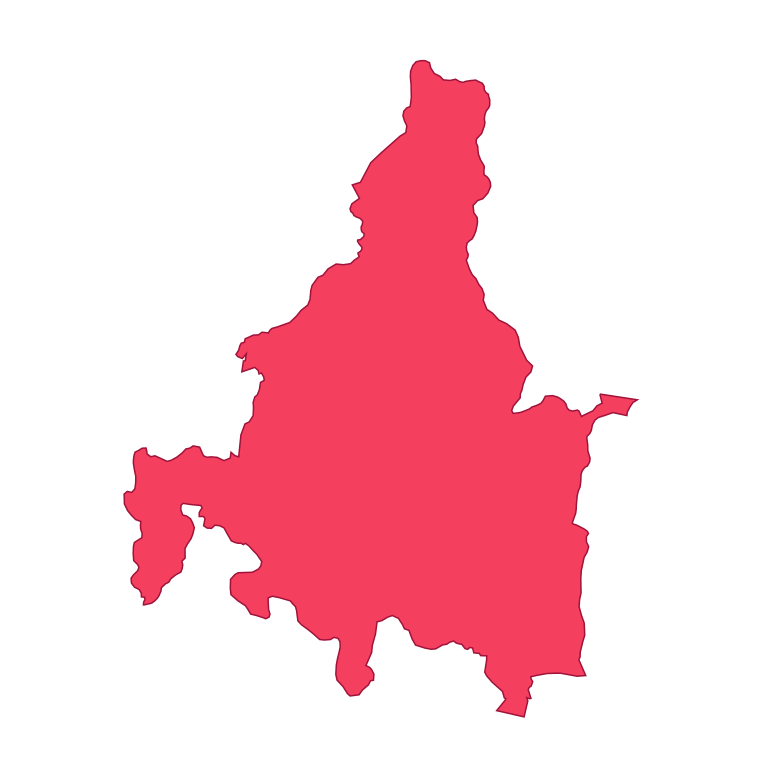 outline of Miahuatlán, Veracruz, Mexico, rotated 3°
{"feature_id": "50627088B71678919151694", "entity_name": "Miahuatlán", "entity_type": "district", "adm_level": 2, "iso_a3": "MEX", "parent_name": "Mexico", "parent_adm1": "Veracruz", "projection": "orthographic", "projection_center": [-96.884, 19.731], "detail": "fine", "context": "isolated", "style": "filled", "palette": "rose", "viewbox_px": 768, "rotation_deg": 3, "n_neighbors": 0, "source": "geoboundaries", "source_scale": "gbopen_adm2", "svg_char_len": 6140}
<svg xmlns="http://www.w3.org/2000/svg" viewBox="0 0 768 768"><g transform="rotate(3 384 384)"><path d="M590.8,559.9L592.9,546.7L595.7,541.1L596.9,535.7L594.4,531.0L594.1,525.8L596.0,522.7L594.9,520.6L592.0,518.6L587.8,516.6L582.6,514.4L580.8,514.2L579.3,513.2L579.9,510.7L582.2,503.0L582.5,498.4L582.4,495.0L582.8,485.4L583.6,480.8L585.2,476.5L585.6,470.9L585.5,463.9L586.5,460.4L588.9,456.7L591.4,455.3L593.4,451.2L593.7,447.5L591.0,439.9L590.6,433.9L589.6,428.9L589.3,425.9L592.1,422.7L593.5,419.5L594.2,414.1L596.4,409.2L599.8,406.2L606.8,403.6L614.1,400.6L628.2,402.8L628.4,399.4L630.9,393.9L633.5,389.5L637.8,386.5L600.7,382.8L600.3,383.6L602.8,391.7L597.8,394.7L594.1,399.8L585.8,404.3L582.9,406.1L580.1,400.8L578.5,399.9L573.7,401.2L570.3,400.4L568.2,398.5L566.7,394.4L564.4,391.7L560.9,389.4L557.8,387.9L553.0,386.8L545.8,387.7L543.6,392.5L541.5,395.3L536.9,397.7L533.0,399.2L530.5,401.3L526.8,403.1L521.7,405.3L517.2,406.2L514.4,406.5L512.9,403.9L514.3,399.3L520.7,390.7L520.7,386.6L522.0,383.1L523.0,377.1L525.4,369.7L530.1,364.2L531.4,358.2L525.3,352.9L517.7,339.3L515.7,330.4L512.1,323.3L503.3,317.4L495.3,314.1L488.8,307.7L482.8,304.0L478.8,295.3L479.3,289.3L476.9,283.6L473.4,279.5L470.3,274.0L466.5,270.4L463.4,265.0L460.8,258.7L459.7,255.8L461.1,253.0L461.4,250.3L459.7,246.7L459.0,243.1L459.7,238.8L461.7,236.6L464.4,234.5L466.0,231.3L467.6,226.8L468.6,220.8L468.9,217.3L468.3,212.8L464.8,208.4L463.6,201.1L467.9,195.9L473.0,193.8L477.7,187.9L480.2,181.0L479.6,177.0L478.0,173.8L475.8,171.5L473.1,169.9L472.6,166.7L472.8,161.5L471.2,158.8L468.8,155.4L466.3,149.6L465.7,146.5L465.2,142.0L463.4,138.3L463.5,134.6L468.4,128.7L470.7,121.1L471.1,117.7L470.3,113.9L470.7,109.6L471.7,106.1L474.1,102.7L475.0,99.9L474.7,94.5L473.6,91.7L473.0,89.1L470.7,87.7L468.7,84.8L468.4,81.4L466.4,78.5L463.0,77.2L459.7,75.7L454.3,76.5L449.7,77.5L447.0,78.7L443.6,78.0L439.5,75.9L434.1,77.4L427.4,77.2L423.8,73.8L418.0,71.3L414.2,66.1L412.6,60.7L408.0,58.9L403.8,59.2L399.2,60.5L396.1,64.4L394.2,70.2L394.2,75.7L395.3,82.8L396.3,96.5L395.6,105.5L392.1,107.2L389.5,110.5L388.9,115.2L390.7,120.2L393.3,125.0L392.6,131.8L387.1,135.6L368.8,153.6L359.2,163.7L349.9,183.8L341.9,186.8L349.8,199.9L342.5,205.7L340.9,210.7L341.9,213.6L343.9,215.0L345.1,217.3L347.8,218.7L351.1,219.7L353.9,222.0L354.2,223.8L353.9,226.1L353.0,228.1L353.1,230.5L353.6,232.4L354.6,233.8L356.2,234.6L356.3,236.4L355.9,238.0L354.4,239.4L353.0,241.0L350.2,241.6L350.1,242.9L351.9,245.5L354.9,248.8L354.7,251.0L353.3,252.9L351.1,254.6L351.5,256.0L352.6,258.0L351.3,259.3L347.6,262.1L344.4,265.6L337.2,267.0L329.9,266.7L322.2,271.9L317.3,278.6L312.5,280.9L307.0,289.4L306.0,294.6L305.7,303.2L303.8,309.1L297.2,315.0L293.1,320.7L286.7,327.5L274.2,332.7L269.1,334.4L267.0,336.6L266.0,339.0L259.4,338.7L256.2,341.5L251.0,342.0L243.0,346.1L242.4,349.6L239.3,350.7L238.0,353.5L237.2,357.6L234.6,362.2L236.5,364.3L241.2,366.0L244.9,361.0L244.2,368.0L242.4,368.4L241.4,379.3L254.1,374.2L257.6,377.0L258.7,380.5L261.1,379.5L263.5,383.3L264.2,386.6L260.6,388.9L259.8,396.3L258.0,401.6L255.7,403.6L254.3,409.1L254.9,414.4L255.0,422.4L251.4,428.9L247.3,431.1L243.8,442.2L242.7,464.3L238.9,463.4L234.8,460.2L234.3,466.0L228.2,468.9L221.2,466.0L215.4,465.8L210.8,466.4L207.4,465.0L203.2,456.7L196.6,455.8L193.5,458.2L189.6,459.2L185.9,463.6L180.8,468.0L175.5,471.3L171.5,472.6L159.1,467.7L154.9,468.8L151.0,466.2L150.7,463.9L149.7,460.4L145.8,460.8L142.2,463.3L139.0,465.1L138.2,467.9L137.8,472.0L137.8,475.8L139.2,482.6L141.0,489.4L141.2,495.7L140.7,501.7L137.7,505.5L133.2,504.7L130.2,507.6L130.7,512.6L131.0,517.3L134.6,523.9L138.5,528.2L143.1,532.4L148.3,534.0L148.2,538.1L148.6,541.6L150.3,546.0L150.2,550.2L143.0,555.3L142.3,559.2L142.4,566.5L143.3,573.5L147.5,577.3L148.8,579.9L147.8,583.4L143.8,587.7L141.6,591.1L142.2,596.0L145.5,600.0L150.2,602.0L152.5,605.4L152.9,609.3L156.2,609.5L156.2,610.7L156.7,612.1L155.9,613.1L155.6,613.8L155.3,615.7L155.3,617.2L157.4,616.8L159.1,616.2L161.0,615.8L163.7,614.8L166.6,612.4L168.9,609.7L170.2,607.6L172.1,602.5L172.4,599.0L176.0,595.2L179.5,593.1L181.3,589.7L185.7,585.7L191.0,582.4L192.1,578.9L192.5,575.1L191.4,571.6L194.5,568.2L193.9,558.8L196.0,554.2L199.5,548.4L201.1,543.3L202.1,537.4L200.2,532.8L197.8,528.7L193.8,526.2L189.8,525.3L187.7,520.3L187.6,515.8L189.6,513.7L197.6,514.5L207.4,514.9L208.9,517.3L207.3,519.7L206.2,522.2L206.4,526.0L210.7,525.8L212.3,527.8L211.3,535.0L214.8,537.1L219.3,537.2L222.6,533.8L227.5,534.2L231.9,536.2L234.4,540.4L239.7,548.6L243.2,550.0L246.8,550.7L249.3,550.4L252.0,551.7L253.8,550.4L257.4,552.6L261.5,556.7L265.9,560.7L271.2,567.7L270.5,572.1L268.3,575.4L262.4,578.9L251.6,579.8L248.0,580.2L245.1,582.1L241.0,587.1L241.2,596.1L242.2,602.4L249.7,608.3L257.3,612.7L260.3,616.8L262.8,620.7L269.3,622.0L275.6,623.7L278.2,624.6L281.4,622.8L282.2,619.8L280.6,615.4L279.8,608.2L279.5,603.7L283.5,601.8L290.0,602.7L301.9,605.5L303.9,607.9L307.2,610.9L308.5,614.6L310.4,625.1L314.5,629.0L320.9,633.1L327.2,637.7L333.1,642.5L337.7,642.8L343.9,642.0L347.2,639.7L351.3,640.3L353.5,643.6L354.0,648.8L353.2,654.2L352.0,660.3L351.1,667.1L351.1,676.6L352.6,682.2L359.0,688.4L363.8,695.2L366.5,697.3L375.3,695.7L378.5,690.7L384.2,685.3L386.0,681.1L389.0,680.4L389.1,674.3L386.6,669.9L384.5,667.8L380.7,666.1L385.7,652.8L386.0,645.8L388.6,633.9L389.5,621.9L394.3,620.4L399.9,616.6L404.5,614.8L410.7,617.3L415.2,623.5L417.2,627.4L421.8,628.7L425.5,637.3L429.2,643.1L438.9,645.6L445.0,646.4L449.5,645.8L456.1,641.5L460.3,640.6L463.0,638.5L467.1,637.0L469.6,638.9L473.0,639.7L475.1,639.7L478.8,644.0L481.5,644.6L483.5,642.6L486.3,643.0L487.8,647.8L493.2,648.0L494.8,650.2L500.8,650.1L500.9,654.7L499.7,666.5L501.9,670.2L507.8,676.3L518.4,684.8L520.6,691.2L522.1,691.8L521.6,693.3L513.6,704.3L541.3,709.1L544.2,692.9L543.0,689.7L545.7,690.6L547.2,690.3L544.0,681.6L545.0,679.3L546.7,678.1L548.1,673.5L546.3,670.8L545.9,668.7L551.8,667.0L561.9,664.6L569.5,663.9L575.5,663.6L592.1,665.7L600.7,664.6L593.0,649.1L594.1,646.3L594.0,641.5L596.1,630.4L597.6,624.4L597.1,618.8L596.4,612.2L593.3,604.7L590.5,596.2L590.6,589.1L591.7,582.2L590.7,568.3L590.8,559.9Z" fill="#f43f5e" stroke="#9f1239" stroke-width="1.5"/></g></svg>